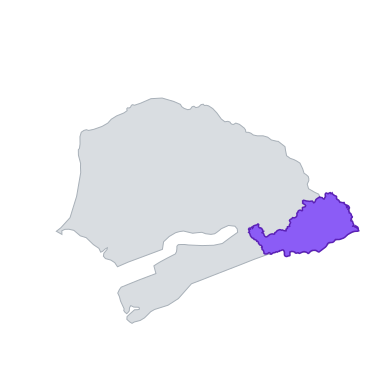 location of Kédougou within Senegal, rotated 338°
{"feature_id": "SEN-5515", "entity_name": "Kédougou", "entity_type": "Region", "adm_level": 1, "iso_a3": "SEN", "parent_name": "Senegal", "parent_adm1": "", "projection": "albers", "projection_center": [-12.553, 12.877], "detail": "fine", "context": "in_parent", "style": "filled", "palette": "violet", "viewbox_px": 384, "rotation_deg": 338, "n_neighbors": 0, "source": "natural_earth", "source_scale": "10m", "svg_char_len": 8498}
<svg xmlns="http://www.w3.org/2000/svg" viewBox="0 0 384 384"><g transform="rotate(338 192 192)"><path d="M290.9,177.3L295.2,184.8L294.3,188.5L293.3,193.8L295.7,197.6L298.6,200.1L300.6,202.4L302.9,205.6L303.3,212.0L302.9,216.5L304.3,218.6L305.6,221.2L305.3,223.4L304.5,225.3L301.8,227.9L301.3,232.6L305.8,238.4L308.7,241.5L308.6,243.3L309.4,245.3L311.6,247.6L312.9,247.0L314.3,245.1L314.9,243.8L318.8,244.4L320.6,245.0L323.0,248.7L323.9,251.2L324.6,254.4L327.1,258.3L329.4,261.0L329.9,262.8L331.9,265.1L330.6,270.3L330.8,272.9L329.5,279.9L329.2,283.2L329.3,284.4L332.3,286.9L332.0,290.4L328.9,289.8L323.5,289.4L312.8,291.3L309.1,290.5L302.0,290.8L296.9,291.8L290.5,294.1L285.6,293.6L282.9,291.8L279.4,291.9L275.4,290.9L271.1,289.2L267.3,288.3L263.1,285.1L261.1,284.5L259.8,285.3L258.6,286.4L257.4,287.1L255.1,286.5L254.3,284.3L255.0,282.2L255.2,280.6L254.1,279.7L251.6,279.4L247.5,279.4L240.8,278.7L239.3,278.3L224.4,277.7L209.0,277.6L196.0,277.4L179.5,277.2L167.9,277.1L157.1,276.9L148.7,281.1L139.5,285.7L127.3,288.0L113.3,286.9L108.9,287.5L104.2,289.5L100.8,290.9L95.9,291.7L89.7,290.9L87.2,291.3L85.6,289.2L83.9,285.7L85.1,283.2L88.9,281.7L94.6,279.7L97.6,280.8L99.4,280.9L99.7,279.5L99.2,278.8L94.9,276.9L92.7,274.4L90.8,275.8L89.2,278.8L87.8,279.6L85.9,280.4L84.8,278.4L84.3,276.4L85.3,274.9L84.9,266.4L85.5,261.8L85.3,257.9L88.1,255.3L90.7,253.7L100.7,253.7L109.9,253.7L118.9,253.9L128.0,254.1L129.0,246.2L131.9,245.6L136.2,244.9L144.3,244.0L153.3,243.2L155.2,241.6L156.7,239.0L157.7,236.6L159.5,235.7L162.0,236.5L165.3,237.8L168.7,239.7L172.6,241.5L175.2,242.7L181.4,245.5L192.1,249.5L200.8,251.1L211.5,248.3L219.2,246.5L220.1,243.1L219.0,239.8L213.3,236.7L205.5,237.0L203.1,237.8L199.5,238.8L197.3,239.2L193.7,238.4L189.0,235.8L186.1,233.1L182.0,231.8L177.2,230.5L169.5,225.0L165.4,224.0L161.6,223.6L154.2,224.7L147.0,227.5L143.1,234.1L135.9,233.9L120.6,233.5L106.6,233.1L94.9,233.4L93.9,228.5L91.2,224.7L86.8,221.3L85.8,218.3L87.4,215.7L91.7,213.5L92.7,212.0L90.5,212.2L87.0,213.5L84.8,213.6L84.6,209.4L80.9,203.9L76.8,194.7L72.0,190.8L68.1,183.3L63.9,180.4L60.1,179.0L56.8,179.2L55.5,182.6L51.5,177.6L57.1,176.0L69.3,170.1L83.4,152.8L96.1,132.3L97.8,127.5L99.4,123.8L100.5,115.3L102.4,110.3L104.0,109.4L106.2,105.5L108.8,98.8L111.7,95.1L114.9,94.4L117.4,94.7L119.2,96.2L124.4,97.1L133.0,97.5L139.7,96.6L144.4,94.3L150.6,93.2L158.3,93.2L162.3,92.3L162.7,90.4L163.7,89.8L165.3,90.6L166.8,90.3L168.3,88.9L169.7,88.8L171.1,90.0L177.5,90.4L188.9,90.1L199.5,93.7L209.1,101.3L214.1,106.4L214.4,109.0L216.0,111.5L218.9,114.1L221.5,114.6L224.0,113.0L225.9,113.2L227.2,115.2L230.0,115.6L233.1,114.4L235.3,114.8L235.7,116.0L236.2,116.6L237.7,116.9L239.7,118.4L242.5,122.4L244.7,128.1L246.5,135.3L248.8,139.2L251.7,139.9L253.4,141.4L253.7,143.1L254.6,144.3L256.0,144.9L258.4,144.5L261.3,147.0L264.4,152.3L264.9,154.7L264.4,155.9L264.6,156.9L266.7,157.8L268.6,159.5L270.2,162.1L273.6,164.4L278.9,166.5L282.7,169.5L285.1,173.5L289.9,176.9L290.9,177.3Z" fill="#d9dde1" stroke="#a8b0b8" stroke-width="1"/><path d="M308.4,244.4L308.5,245.0L308.9,245.1L310.1,245.7L310.5,245.9L310.7,246.3L311.0,247.2L311.2,247.5L311.7,248.0L312.0,248.0L312.2,247.7L314.1,246.3L314.3,245.3L314.5,244.4L315.0,243.6L315.7,243.2L316.3,243.3L316.7,243.7L316.9,244.1L317.4,244.5L317.8,244.6L318.7,244.4L319.9,244.3L320.1,244.5L320.0,245.2L320.2,245.7L320.7,245.7L321.2,245.6L321.6,245.4L321.6,246.4L321.9,247.3L323.0,248.9L324.1,249.8L324.3,250.3L324.2,250.8L323.6,251.7L323.5,252.2L323.6,253.0L324.0,253.6L324.6,254.1L325.0,254.7L325.1,256.4L325.3,257.1L326.1,257.3L326.7,257.7L327.3,258.1L327.9,258.4L328.6,258.6L329.1,258.8L329.0,259.2L328.8,259.5L328.7,259.8L329.3,260.7L329.6,261.3L329.8,261.6L330.0,261.7L330.4,261.9L330.3,262.1L330.0,262.3L329.9,262.5L329.9,262.9L329.8,263.8L329.6,264.3L330.4,264.4L330.9,264.2L331.2,263.7L331.3,262.9L331.7,263.3L331.9,263.7L332.0,264.3L332.1,265.5L332.0,265.8L331.7,266.0L331.3,266.3L331.1,266.3L330.8,266.1L330.5,266.0L330.2,266.2L330.1,266.5L330.4,266.7L330.6,267.0L330.5,267.7L330.3,268.2L330.1,268.7L330.3,269.4L330.2,269.7L330.1,269.8L330.0,270.1L330.0,270.4L330.2,270.5L330.4,270.5L330.5,270.6L330.7,270.8L330.9,271.2L331.1,271.6L331.2,272.0L331.2,272.6L331.1,273.1L330.8,273.5L331.3,274.5L331.4,275.0L331.0,275.6L330.4,275.7L329.8,275.9L329.3,277.2L328.9,277.4L328.6,277.8L328.7,278.5L328.9,278.6L329.2,278.7L329.6,279.0L329.8,279.4L329.8,279.9L329.6,281.4L329.6,281.9L329.7,282.2L329.8,282.6L329.7,283.1L328.7,283.6L328.4,283.9L328.9,284.0L329.2,284.3L329.8,285.2L330.1,285.5L330.1,285.2L330.4,284.7L330.7,284.5L331.0,285.3L331.1,285.7L331.4,286.4L331.5,286.9L331.9,286.3L332.0,286.0L332.5,286.8L332.5,287.9L332.1,289.2L332.1,290.4L330.8,290.4L327.8,289.3L326.2,289.1L322.3,289.5L320.4,289.8L316.8,291.2L315.1,291.5L311.3,291.3L310.4,291.1L307.6,289.9L307.4,289.8L307.1,289.8L306.9,289.9L306.4,290.3L304.7,291.2L304.1,291.3L303.1,291.3L300.3,290.3L299.2,290.4L298.3,290.8L296.8,292.2L295.1,293.1L287.3,295.2L286.6,294.8L285.3,292.8L284.5,292.2L282.5,291.5L281.5,291.2L280.7,291.2L279.9,291.4L279.0,291.7L277.7,292.4L277.3,292.5L276.6,292.5L276.5,292.4L276.4,292.0L276.2,291.6L274.9,290.1L274.1,289.5L273.2,289.1L272.3,289.0L269.3,289.2L268.4,289.1L268.1,288.7L267.9,288.2L267.2,287.9L265.8,287.8L265.4,287.6L264.9,287.2L264.8,286.8L264.9,286.4L263.7,285.2L261.9,284.3L260.3,284.3L259.5,286.2L259.3,287.1L258.8,287.6L258.1,287.6L257.2,287.3L256.4,287.4L255.6,287.3L254.9,286.9L254.3,286.2L254.1,285.3L254.3,284.5L255.0,282.9L255.2,282.1L255.2,281.1L255.0,280.2L254.4,279.6L253.7,279.5L252.9,279.6L252.1,279.6L251.3,279.2L250.8,279.7L250.5,279.5L250.2,279.5L249.9,279.5L249.4,279.5L248.9,279.7L248.7,279.7L248.0,279.1L247.8,279.0L247.4,279.0L246.7,279.2L246.3,279.3L245.9,279.2L245.3,278.9L244.9,278.8L244.5,278.8L243.1,279.1L242.9,279.1L242.8,279.3L242.7,279.4L242.4,279.4L242.2,279.3L241.8,279.0L241.6,279.0L241.4,278.9L241.6,278.2L241.2,277.3L240.6,277.0L240.3,277.0L240.1,277.1L239.7,277.3L239.3,277.4L238.2,277.4L237.6,277.3L237.1,277.1L236.5,276.8L236.2,276.5L235.9,276.1L235.8,275.8L235.8,275.6L236.1,275.2L236.1,274.9L236.3,273.2L236.2,272.9L236.1,272.6L236.0,272.2L235.6,271.9L235.5,271.5L235.5,271.3L235.6,271.0L235.7,270.8L235.9,270.4L236.1,270.2L236.1,269.9L235.9,269.7L235.7,269.5L235.7,269.4L235.9,269.3L236.1,269.4L236.4,269.4L236.5,269.3L236.6,269.0L236.4,268.6L236.3,267.5L236.1,267.3L235.4,266.9L235.0,266.4L234.9,266.0L234.7,265.3L234.5,264.9L234.4,264.7L234.5,264.5L234.6,264.3L234.7,264.0L234.5,262.6L234.4,262.4L234.2,262.3L233.9,262.2L233.6,262.1L233.5,261.9L233.6,261.7L233.8,261.2L233.7,261.0L233.4,260.7L233.0,260.2L232.5,259.7L231.8,259.3L231.7,259.0L231.7,258.8L231.8,258.5L231.8,258.1L231.6,258.0L231.4,257.9L231.1,257.6L230.5,256.9L230.2,256.2L230.1,255.8L230.0,255.0L229.8,254.7L229.8,254.4L229.8,254.1L229.9,253.8L229.9,253.1L230.0,252.7L229.9,251.7L229.8,251.4L229.7,251.2L229.4,250.6L230.5,250.1L230.5,247.6L231.3,247.1L231.2,247.9L231.4,248.2L232.0,248.4L232.4,248.3L232.7,247.7L232.9,247.4L233.6,247.1L234.5,246.9L235.1,247.1L234.8,248.1L235.4,247.8L235.8,246.7L236.2,246.5L238.1,246.5L239.8,246.8L240.4,246.6L240.9,246.3L241.3,246.4L241.7,247.1L241.3,247.9L240.9,248.3L240.7,248.7L240.7,249.4L240.9,249.8L241.0,250.1L241.1,250.5L241.6,250.7L241.8,250.7L242.0,250.8L242.1,251.1L242.4,251.3L242.7,251.5L242.9,251.7L243.0,251.9L242.8,252.3L243.1,252.8L243.3,253.4L243.1,254.1L243.0,254.7L243.6,255.2L241.7,255.9L241.7,256.1L242.6,256.6L242.8,257.7L242.7,259.2L242.9,260.4L243.8,261.4L244.7,261.6L246.7,261.0L248.0,260.6L248.7,260.6L250.0,260.7L251.2,261.1L252.1,261.8L252.9,261.8L253.3,261.1L253.7,260.7L254.6,260.7L255.7,260.2L256.5,259.7L259.1,259.7L260.0,260.2L260.8,261.0L261.5,261.0L262.6,262.1L263.8,262.9L264.7,263.2L265.1,262.5L265.1,262.0L265.5,261.6L266.3,261.6L267.0,261.3L267.1,260.4L267.5,260.0L268.5,260.2L269.2,260.4L269.8,260.3L269.8,259.5L270.2,258.7L271.3,258.0L272.0,257.1L271.7,256.0L271.7,254.9L272.4,254.4L273.3,254.2L274.3,254.2L275.1,253.8L275.6,253.4L276.3,253.8L277.0,254.2L278.0,254.4L279.5,254.0L280.3,253.4L280.9,252.4L281.0,251.5L281.5,250.8L282.5,250.6L282.8,249.9L283.4,249.4L284.6,249.1L285.7,249.4L286.4,250.2L286.9,250.6L287.5,250.5L287.7,249.7L288.1,249.1L288.4,248.0L288.9,247.7L290.4,248.0L291.6,248.0L292.3,247.2L292.0,246.1L290.7,244.4L290.4,243.6L291.1,242.9L291.1,241.8L292.2,241.4L293.5,242.2L294.7,243.2L296.1,243.9L297.4,244.7L299.0,245.1L300.2,245.5L300.5,246.5L300.8,247.6L301.7,247.6L302.9,246.7L304.1,245.4L305.8,244.9L308.4,244.4Z" fill="#8b5cf6" stroke="#5b21b6" stroke-width="1.5"/></g></svg>